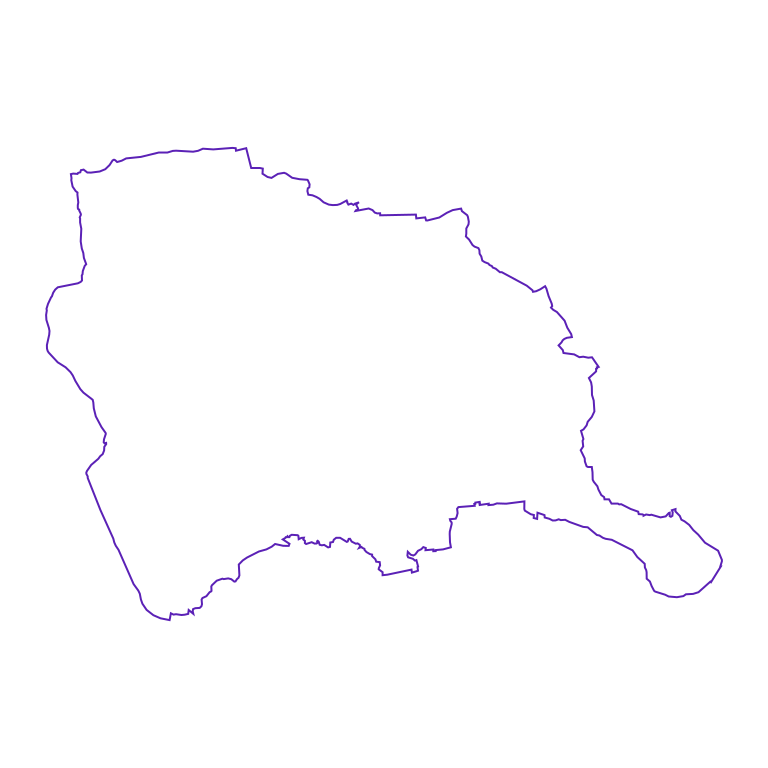 Pietrari, Vâlcea, Romania
{"feature_id": "2599482B46623809555558", "entity_name": "Pietrari", "entity_type": "district", "adm_level": 2, "iso_a3": "ROU", "parent_name": "Romania", "parent_adm1": "Vâlcea", "projection": "mercator", "projection_center": [24.113, 45.105], "detail": "fine", "context": "isolated", "style": "outline", "palette": "violet", "viewbox_px": 768, "rotation_deg": 0, "n_neighbors": 0, "source": "geoboundaries", "source_scale": "gbopen_adm2", "svg_char_len": 6052}
<svg xmlns="http://www.w3.org/2000/svg" viewBox="0 0 768 768"><path d="M711.0,582.2L720.8,566.5L720.3,566.5L721.9,561.3L721.9,559.9L718.1,550.7L705.0,542.7L698.2,534.6L693.3,530.1L689.2,524.9L684.5,521.3L681.4,519.7L679.8,515.9L675.4,511.4L675.5,509.1L671.9,510.2L672.7,512.3L672.4,515.8L670.9,516.8L669.7,516.2L669.7,512.7L668.8,513.0L665.7,516.4L660.5,517.4L651.3,514.7L649.8,515.1L646.1,514.5L643.6,515.7L643.6,515.0L642.6,514.4L638.7,514.1L638.2,511.7L630.7,509.0L621.2,504.2L619.2,504.4L617.9,503.6L611.5,503.6L609.0,499.3L604.5,499.3L604.1,497.1L601.3,495.1L598.4,489.5L597.4,486.3L593.7,481.7L592.7,479.7L592.5,472.2L591.8,467.0L588.0,467.0L586.6,466.3L584.9,461.5L584.7,458.4L580.7,450.2L583.2,446.4L582.6,440.8L583.4,439.0L581.0,430.8L583.5,429.4L586.6,425.4L587.7,421.8L591.8,416.9L594.4,411.4L593.7,400.5L592.0,395.0L591.8,386.5L591.1,382.4L588.9,378.0L596.1,371.4L596.1,368.8L597.1,368.4L596.9,367.3L598.6,366.9L592.0,357.3L588.3,357.7L583.2,356.7L579.4,357.2L574.2,354.4L563.5,353.0L562.8,350.1L558.6,345.4L561.5,342.4L562.7,340.3L564.4,338.9L566.9,337.8L571.9,337.1L571.2,334.1L567.3,327.7L564.6,320.7L556.9,312.0L553.2,309.8L551.0,307.6L552.2,306.1L551.7,303.6L548.6,296.1L546.4,288.6L545.1,286.2L540.3,289.3L536.2,291.2L533.0,291.8L532.5,290.3L526.8,285.7L501.8,272.2L499.9,272.2L495.7,268.7L492.7,267.5L491.9,266.1L489.5,265.0L488.4,263.6L484.6,262.1L482.3,260.6L481.3,256.5L479.6,253.7L479.4,250.2L478.4,248.1L474.5,246.6L472.5,245.0L469.1,239.6L465.9,236.5L466.3,233.7L466.3,228.5L468.5,224.4L468.8,221.7L467.9,216.8L467.2,215.2L461.9,211.1L461.1,208.6L452.7,210.1L446.9,212.8L439.3,217.5L427.3,220.5L426.1,220.4L425.2,217.4L416.3,218.4L415.9,214.6L380.2,215.3L380.1,213.3L377.2,213.4L374.8,212.6L372.5,210.1L368.7,208.5L355.5,211.0L355.9,210.3L357.9,209.7L358.1,208.5L356.2,204.9L357.1,203.6L359.0,202.3L354.9,203.7L353.5,204.9L351.2,203.6L348.4,204.6L347.2,202.6L347.4,202.2L346.7,200.5L340.2,204.0L337.2,204.9L332.8,205.1L328.8,204.6L323.6,202.3L319.6,198.8L316.5,197.0L312.5,195.3L308.3,194.7L307.4,191.1L307.8,188.3L309.3,187.4L309.6,184.3L307.9,180.3L307.3,179.8L299.5,179.2L292.2,177.8L286.2,173.6L284.1,172.8L277.9,173.9L271.5,177.9L267.6,177.0L262.5,173.7L262.8,168.6L259.9,168.0L251.2,168.0L246.2,148.2L236.0,150.7L235.7,148.2L232.5,147.9L213.3,149.4L202.9,148.7L198.1,150.8L193.1,151.7L176.1,150.7L172.8,150.9L167.5,152.5L158.9,152.5L140.9,156.9L126.2,158.4L121.7,160.7L117.1,162.0L115.2,160.2L114.0,159.7L112.6,160.4L109.6,165.0L105.3,169.2L99.7,171.5L91.0,172.6L87.3,172.5L83.6,169.6L80.9,170.2L80.3,172.3L78.1,172.9L77.5,173.9L73.2,173.6L70.9,174.1L71.5,178.1L71.3,180.2L72.6,186.6L75.7,191.1L77.5,192.5L77.4,194.6L78.3,202.5L77.8,205.1L77.8,208.0L78.1,209.0L79.2,209.6L79.2,210.5L80.7,213.6L80.9,214.8L79.7,217.4L80.1,218.4L80.1,222.5L81.3,228.8L80.7,241.4L81.8,248.5L83.3,253.0L83.9,257.9L86.2,264.2L84.7,265.9L82.8,271.1L82.5,274.3L81.8,275.4L82.0,280.5L80.7,281.9L77.9,283.3L57.8,287.3L55.2,289.6L53.2,292.7L51.9,296.4L51.1,297.3L48.0,303.9L46.5,308.8L46.8,310.4L46.1,315.0L46.4,319.9L48.9,327.9L49.5,331.0L49.2,334.7L46.9,345.1L47.0,348.6L47.6,350.8L48.6,352.5L57.7,362.3L65.6,367.3L70.5,372.1L72.8,375.5L75.4,381.0L80.3,389.1L83.4,392.6L92.7,399.8L93.3,402.4L93.8,408.3L95.8,416.4L101.5,427.1L105.6,432.9L105.8,433.9L104.0,439.3L103.7,442.3L104.5,443.3L106.1,442.9L106.2,444.1L104.3,446.8L104.1,450.5L102.7,454.1L100.2,456.2L98.3,458.8L91.2,464.9L87.0,470.9L86.3,472.6L86.4,473.9L87.7,476.4L87.7,477.9L100.4,510.0L113.3,538.6L114.3,542.5L115.8,545.8L118.5,549.8L133.6,584.1L138.3,590.6L139.8,593.7L140.9,599.4L142.4,603.7L146.6,609.9L153.4,615.2L160.5,618.3L169.6,620.1L170.9,613.3L173.5,614.6L176.0,614.2L181.5,615.0L184.7,614.7L188.2,613.9L188.7,610.0L193.3,613.8L192.7,611.2L193.1,609.1L195.3,608.2L199.7,607.9L201.4,606.3L202.0,604.2L201.6,599.5L202.5,598.0L206.4,596.2L209.6,592.2L211.3,591.3L211.5,590.6L211.3,586.5L211.9,585.3L216.7,580.7L222.4,578.7L223.8,579.1L228.2,578.4L231.3,579.2L234.3,581.6L235.5,581.4L236.9,579.2L238.5,577.8L239.4,575.4L238.8,564.5L242.8,560.4L247.1,557.5L258.9,551.5L266.4,549.4L271.7,546.7L275.1,544.0L283.2,545.8L288.7,545.9L289.5,543.8L282.8,539.4L285.4,537.9L285.7,537.2L286.8,537.2L287.5,536.2L288.3,537.1L289.4,537.1L289.9,535.8L291.7,534.8L297.7,535.2L298.4,535.9L298.7,539.2L301.4,537.9L303.9,537.7L303.3,539.5L304.9,540.8L304.9,543.1L306.1,544.0L311.7,542.2L314.6,543.6L316.6,543.5L317.4,542.9L317.1,541.3L317.7,540.8L318.7,541.7L319.7,544.8L321.9,545.3L324.2,544.9L328.1,547.4L330.0,546.9L330.3,542.5L333.0,542.0L333.8,539.7L336.2,537.8L340.1,537.8L346.8,541.9L347.7,541.5L348.7,538.9L350.0,538.8L351.7,541.6L355.8,543.7L357.6,543.4L359.8,544.9L360.0,546.4L359.1,547.9L361.5,546.9L362.2,547.8L364.4,548.8L364.6,550.0L366.4,552.0L369.9,554.1L372.1,554.6L372.1,556.1L375.4,559.3L376.2,561.7L379.7,562.1L380.1,565.3L378.8,568.2L378.7,569.3L382.6,572.2L382.6,575.2L387.3,574.7L411.5,569.6L411.9,572.6L416.3,571.3L418.0,570.7L417.5,567.0L418.1,566.6L416.4,560.1L415.0,560.6L412.9,558.8L408.1,557.3L407.4,555.5L407.8,551.8L410.7,554.7L413.4,555.5L415.3,554.4L418.0,550.8L421.3,549.2L423.3,547.1L425.8,548.0L425.5,550.2L433.3,549.5L433.3,551.2L435.6,551.1L435.5,550.1L443.0,549.4L450.9,547.3L450.0,542.3L449.7,534.0L449.8,531.6L451.7,523.9L451.6,522.4L450.3,520.8L449.9,519.2L455.7,518.7L456.7,516.6L457.6,513.1L457.1,508.8L458.4,507.1L474.7,505.8L474.3,504.0L475.3,503.9L475.3,502.6L479.7,501.9L479.9,503.2L479.4,503.3L479.7,505.0L488.7,503.7L488.5,505.1L493.3,504.7L496.9,503.4L506.2,503.7L524.4,501.4L524.3,509.0L524.8,510.6L530.7,514.2L533.9,515.0L533.7,518.0L537.1,518.9L537.5,512.7L544.5,515.1L544.7,517.5L549.4,518.8L552.7,520.5L555.6,520.4L558.7,519.3L560.8,520.1L565.2,519.8L569.3,521.9L583.2,526.9L587.7,527.3L596.9,535.0L599.4,535.5L602.9,537.8L605.6,538.8L611.8,539.8L632.5,550.3L637.3,557.0L644.7,563.8L644.9,567.5L646.2,570.1L646.6,572.2L646.7,578.7L649.9,581.5L651.6,586.0L654.1,590.8L655.2,591.6L665.1,594.7L668.7,596.5L676.9,597.2L683.4,596.1L685.9,594.3L693.1,593.9L698.5,592.2L710.4,581.6L711.0,582.2Z" fill="none" stroke="#5b21b6" stroke-width="2"/></svg>